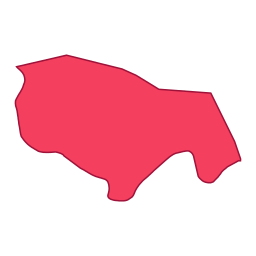 Dennery By Pass/White Rock Gardens, Dennery, Saint Lucia
{"feature_id": "8701671B35205001440787", "entity_name": "Dennery By Pass/White Rock Gardens", "entity_type": "district", "adm_level": 2, "iso_a3": "LCA", "parent_name": "Saint Lucia", "parent_adm1": "Dennery", "projection": "albers", "projection_center": [-60.893, 13.914], "detail": "fine", "context": "isolated", "style": "filled", "palette": "rose", "viewbox_px": 256, "rotation_deg": 0, "n_neighbors": 0, "source": "geoboundaries", "source_scale": "gbopen_adm2", "svg_char_len": 2763}
<svg xmlns="http://www.w3.org/2000/svg" viewBox="0 0 256 256"><path d="M135.7,75.1L134.9,74.8L127.6,71.5L122.1,69.0L97.4,62.9L66.5,55.2L21.1,65.7L16.6,66.7L17.2,67.5L18.2,68.4L19.2,69.3L20.4,70.4L21.0,71.0L22.6,72.8L23.3,74.1L23.9,75.1L24.1,75.8L24.6,77.7L24.9,80.1L24.5,82.5L23.9,84.0L23.6,84.8L22.8,87.3L21.7,89.6L20.4,91.9L19.8,92.9L19.0,94.1L17.7,96.4L17.2,97.4L16.5,98.6L16.1,99.5L15.5,100.9L15.4,103.4L15.7,105.9L16.4,108.0L17.1,110.8L17.5,113.6L17.8,115.6L18.1,117.3L18.2,118.6L18.6,121.2L18.9,124.0L19.4,126.5L19.8,128.9L20.2,131.6L20.6,134.0L21.3,136.5L22.9,138.7L23.6,139.7L24.4,140.7L26.0,142.5L27.8,144.3L29.8,145.9L31.2,146.9L31.9,147.4L32.7,147.8L34.1,148.7L34.9,149.2L36.2,149.9L38.3,151.2L39.7,151.6L41.0,151.9L43.5,152.3L44.6,152.3L46.0,152.4L48.5,152.4L50.3,152.3L50.9,152.3L53.4,152.1L55.0,152.0L55.9,152.0L58.3,152.6L60.7,153.4L61.3,153.7L62.3,154.2L62.9,154.5L63.7,155.5L64.1,156.0L69.4,159.9L71.1,161.2L80.2,168.0L81.4,168.7L82.0,169.0L83.4,169.7L84.9,170.6L86.2,171.4L87.3,172.0L88.5,172.8L89.8,173.5L91.0,174.2L92.3,174.9L93.6,175.5L94.8,176.0L95.4,176.3L96.0,176.5L97.0,176.8L98.6,177.3L99.9,177.7L101.2,178.0L102.6,178.5L103.9,178.9L105.1,179.3L105.8,179.7L107.3,181.0L108.0,182.2L108.4,183.4L108.8,184.7L108.9,185.6L109.1,187.3L109.2,188.1L109.1,189.9L108.9,191.2L108.6,192.5L108.3,193.8L107.9,195.2L108.0,196.7L108.5,197.5L109.2,198.3L110.0,198.8L110.9,199.3L111.6,199.5L113.2,200.0L115.0,200.4L116.6,200.5L117.2,200.6L117.9,200.6L119.2,200.8L120.5,200.8L121.5,200.8L122.5,200.8L123.3,200.8L124.6,200.7L125.8,200.5L127.1,200.1L128.4,199.5L129.5,198.7L130.7,197.9L131.8,197.2L132.7,196.2L133.5,195.0L133.9,194.1L134.3,193.2L134.6,192.5L135.2,191.0L136.0,189.5L136.3,189.0L136.8,188.1L137.6,187.0L138.4,185.8L139.2,184.7L140.0,183.8L140.4,183.3L141.3,182.4L142.1,181.4L143.2,180.3L143.9,179.7L145.2,178.6L146.3,177.7L147.9,176.3L148.9,175.3L149.5,174.8L150.5,173.9L151.4,173.0L152.0,172.5L153.0,171.5L153.9,170.6L154.9,169.7L165.5,160.3L169.5,156.9L171.5,155.5L172.6,154.8L173.6,154.2L175.9,153.2L177.4,152.9L178.2,152.7L180.7,152.1L183.1,151.5L184.5,151.3L185.5,151.1L186.3,151.0L187.3,150.9L188.4,151.0L189.1,151.1L190.9,152.2L191.5,152.7L192.7,154.2L193.4,155.7L193.7,156.7L198.2,176.2L198.9,177.3L199.8,178.4L200.8,179.3L201.8,180.2L202.5,180.8L204.1,181.7L205.5,182.2L206.9,182.5L208.2,182.7L209.3,182.7L209.9,182.7L210.7,182.7L211.7,182.4L213.3,181.8L214.4,180.7L215.0,180.0L216.4,178.6L217.4,177.6L218.0,177.0L219.1,175.5L219.7,174.8L220.5,173.8L221.5,172.2L222.1,171.5L223.1,170.5L223.7,169.9L224.6,169.2L225.3,168.7L226.0,168.1L226.6,167.5L227.6,166.7L230.9,164.9L238.6,160.7L239.3,160.8L240.5,160.8L240.6,159.0L234.6,141.5L210.8,93.1L158.8,89.3L155.5,87.2L135.7,75.1Z" fill="#f43f5e" stroke="#9f1239" stroke-width="1.5"/></svg>